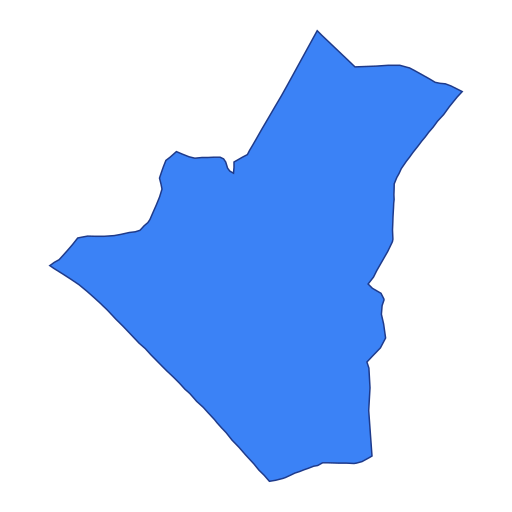 outline of Al-Ramadi, Al-Anbar, Iraq
{"feature_id": "34846034B54493291917017", "entity_name": "Al-Ramadi", "entity_type": "district", "adm_level": 2, "iso_a3": "IRQ", "parent_name": "Iraq", "parent_adm1": "Al-Anbar", "projection": "natural_earth1", "projection_center": [43.152, 33.24], "detail": "fine", "context": "isolated", "style": "filled", "palette": "blue", "viewbox_px": 512, "rotation_deg": 0, "n_neighbors": 0, "source": "geoboundaries", "source_scale": "gbopen_adm2", "svg_char_len": 2265}
<svg xmlns="http://www.w3.org/2000/svg" viewBox="0 0 512 512"><path d="M372.0,456.0L371.5,449.2L368.7,410.5L370.0,387.8L368.9,368.1L366.9,362.0L367.2,361.7L372.0,356.6L380.4,347.9L385.6,338.0L383.6,323.9L381.4,314.3L382.1,305.6L384.0,300.0L383.9,299.0L381.0,293.3L372.4,288.3L368.1,284.0L373.5,277.1L376.8,270.5L387.7,251.5L392.0,242.6L392.5,241.4L392.9,239.2L392.5,230.0L392.8,222.6L393.0,216.7L393.2,213.1L393.5,208.1L393.7,203.3L394.1,199.5L393.9,194.7L394.1,189.3L394.2,183.8L394.4,183.4L396.8,177.5L399.0,173.6L401.3,168.6L406.4,161.2L409.3,157.5L412.9,152.5L417.9,146.2L421.8,141.0L425.1,137.1L428.6,132.4L433.1,127.2L437.5,121.2L443.7,114.5L449.4,106.6L457.1,97.1L462.2,91.6L450.9,85.9L445.3,83.8L439.9,83.3L435.1,82.3L430.0,79.2L414.8,70.7L409.5,67.9L407.5,67.4L399.9,65.3L394.5,65.3L388.0,65.3L380.7,65.8L376.3,66.1L355.0,66.9L342.1,54.6L325.6,38.9L321.7,35.2L317.2,30.7L287.6,84.7L281.4,95.8L275.2,106.3L268.5,117.8L261.8,129.2L256.7,138.2L252.3,145.8L249.6,150.3L247.4,154.6L242.4,157.2L237.0,160.3L234.0,162.0L234.0,167.5L233.5,173.2L229.8,171.1L227.6,168.2L225.7,162.0L223.6,158.9L220.1,157.2L213.9,157.2L207.7,157.5L201.9,157.5L194.9,158.2L189.1,156.8L182.3,154.1L176.4,151.6L170.2,157.1L165.9,160.4L163.4,166.7L161.4,172.4L159.5,178.1L161.0,184.1L162.0,189.1L159.6,196.9L156.3,205.0L153.2,212.0L149.9,219.6L147.8,222.7L144.3,225.6L140.0,230.3L135.2,231.8L129.3,232.5L120.8,234.4L114.2,235.6L104.1,236.3L95.6,236.3L87.6,236.1L81.6,237.2L77.7,238.0L72.5,244.6L68.8,248.9L63.5,254.9L59.1,259.7L54.4,262.3L50.1,265.4L49.8,265.6L54.0,268.5L61.7,273.3L70.1,278.7L79.0,284.7L87.1,291.4L94.1,297.6L101.1,304.0L102.7,305.6L107.1,309.8L115.8,319.1L122.8,326.0L131.0,334.6L139.3,343.4L145.3,348.6L147.1,350.6L150.9,354.8L156.8,360.8L162.4,366.5L167.0,371.1L173.1,376.8L179.5,383.2L184.9,389.2L189.8,393.5L196.7,401.4L203.2,407.3L208.0,412.6L214.4,419.5L217.3,423.1L221.8,428.1L226.1,432.6L232.1,440.2L238.9,447.2L245.5,454.8L253.9,463.9L258.9,470.1L264.2,475.3L269.4,481.3L275.5,480.3L283.0,478.4L285.5,477.5L291.1,474.9L294.8,473.1L299.7,471.5L304.2,469.7L308.0,468.4L313.7,466.2L317.7,465.5L322.6,462.8L328.2,462.8L338.4,463.1L346.5,463.1L354.0,463.5L356.5,463.1L362.0,461.6L369.5,457.5L372.0,456.0Z" fill="#3b82f6" stroke="#1e3a8a" stroke-width="1.5"/></svg>